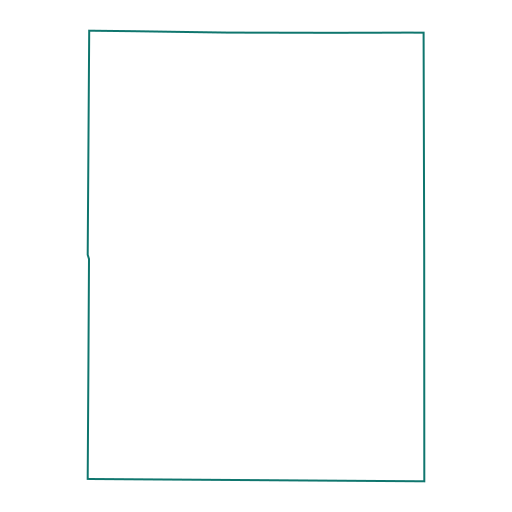 the district of Brown, South Dakota, United States of America
{"feature_id": "52423323B36671572190514", "entity_name": "Brown", "entity_type": "district", "adm_level": 2, "iso_a3": "USA", "parent_name": "United States of America", "parent_adm1": "South Dakota", "projection": "albers", "projection_center": [-98.311, 45.59], "detail": "fine", "context": "isolated", "style": "outline", "palette": "teal", "viewbox_px": 512, "rotation_deg": 0, "n_neighbors": 0, "source": "geoboundaries", "source_scale": "gbopen_adm2", "svg_char_len": 350}
<svg xmlns="http://www.w3.org/2000/svg" viewBox="0 0 512 512"><path d="M424.2,256.8L423.9,144.5L423.6,32.7L420.0,32.7L410.5,32.6L410.4,32.6L382.5,32.7L331.3,32.8L330.8,32.8L228.2,32.6L186.7,32.0L133.6,31.2L89.2,30.7L87.7,254.8L89.0,259.0L88.4,366.9L87.7,478.9L89.9,479.0L424.3,481.3L424.2,256.8Z" fill="none" stroke="#0f766e" stroke-width="2"/></svg>